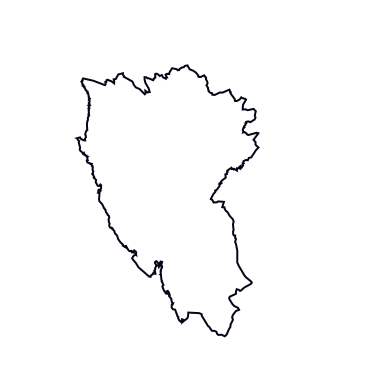 Vestby nor, Akershus, Norway (Albers equal-area conic projection), rotated 338°
{"feature_id": "86288312B18050772568406", "entity_name": "Vestby nor", "entity_type": "district", "adm_level": 2, "iso_a3": "NOR", "parent_name": "Norway", "parent_adm1": "Akershus", "projection": "albers", "projection_center": [10.767, 59.56], "detail": "fine", "context": "isolated", "style": "outline", "palette": "ink", "viewbox_px": 384, "rotation_deg": 338, "n_neighbors": 0, "source": "geoboundaries", "source_scale": "gbopen_adm2", "svg_char_len": 6027}
<svg xmlns="http://www.w3.org/2000/svg" viewBox="0 0 384 384"><g transform="rotate(338 192 192)"><path d="M280.2,138.0L274.2,137.0L272.6,135.4L269.9,134.5L271.9,130.3L276.7,126.6L276.4,125.7L273.5,123.6L273.1,122.7L270.7,124.1L267.4,124.4L266.0,123.7L266.4,121.7L264.7,115.1L265.3,114.1L264.7,113.4L265.1,112.8L265.0,111.1L257.6,111.3L255.3,110.2L249.3,110.5L247.2,109.3L247.6,108.6L247.6,107.9L245.9,106.6L245.1,104.3L245.6,103.7L245.5,102.2L245.9,101.6L245.4,98.5L247.0,97.3L247.5,95.5L247.2,92.7L247.9,91.2L247.5,91.0L247.0,88.4L243.3,88.6L241.3,87.9L241.1,87.1L241.5,86.3L240.4,82.9L238.9,80.4L235.8,77.3L235.2,72.9L232.5,72.4L231.2,73.2L229.1,72.8L226.5,73.3L225.7,74.1L224.5,73.8L223.7,72.3L219.9,69.8L215.9,72.7L215.0,74.1L212.9,73.0L211.4,73.3L211.7,76.4L210.9,76.2L210.2,77.2L208.2,75.0L207.8,72.2L205.6,72.4L204.6,70.3L203.3,68.9L202.2,68.8L201.7,69.2L201.6,70.6L200.9,71.4L200.8,72.2L198.9,72.6L198.7,73.3L197.8,73.8L194.3,70.2L193.3,69.9L192.5,68.4L191.0,67.8L190.1,70.3L189.7,73.5L190.6,79.6L190.2,83.5L188.2,83.0L186.7,80.7L186.1,83.0L184.8,83.7L181.9,76.8L179.1,74.0L178.1,70.5L178.3,68.5L177.9,66.9L172.0,59.7L172.4,59.4L171.9,57.4L172.4,56.0L167.7,55.4L163.6,58.7L161.6,58.2L161.3,60.3L160.5,62.1L158.8,59.2L155.6,56.2L154.7,56.3L153.8,57.8L152.9,57.5L152.1,60.0L151.3,60.3L142.1,51.8L133.6,45.9L132.0,47.3L132.2,47.8L130.8,48.3L131.2,49.1L130.8,50.5L131.1,51.2L130.5,52.1L131.2,52.3L130.9,53.0L131.3,53.3L131.1,54.0L131.7,54.2L131.3,55.0L131.7,55.8L131.5,57.2L132.1,58.0L131.9,58.5L132.2,59.4L132.8,59.7L132.8,60.5L132.0,61.0L132.6,62.3L131.6,66.1L132.0,66.1L131.9,66.9L132.2,67.2L130.8,68.1L131.3,68.8L130.8,70.0L129.6,70.7L129.7,71.7L130.1,72.2L129.9,72.6L128.7,72.8L129.5,73.6L128.5,73.9L127.8,75.1L128.2,75.7L127.2,76.0L127.0,76.9L127.3,77.2L126.4,78.6L125.9,80.6L125.0,81.2L124.9,81.7L125.4,81.7L125.4,82.4L123.2,84.1L122.5,86.3L121.5,87.1L119.8,90.2L118.4,94.4L117.9,94.8L117.6,94.2L118.0,95.4L116.4,96.1L114.4,98.8L114.7,99.7L114.2,101.4L112.2,103.0L112.2,104.1L111.3,103.8L109.3,101.7L108.8,100.9L108.6,99.4L105.6,99.1L106.1,99.6L105.6,100.7L106.5,102.5L105.5,103.8L104.9,109.1L103.8,110.4L103.8,111.7L105.2,114.5L105.2,115.9L105.8,116.7L106.5,115.9L106.6,117.9L107.9,118.8L107.8,119.7L108.1,119.9L107.6,120.0L107.9,121.3L107.1,122.6L107.2,123.5L106.2,123.4L106.0,124.5L106.2,125.5L109.1,128.0L108.4,128.1L109.2,129.3L109.5,130.4L109.0,130.9L109.4,131.8L108.1,134.1L108.3,135.8L106.2,138.0L106.5,138.6L107.0,138.2L106.7,139.9L107.0,141.7L106.3,142.0L107.6,145.0L106.4,146.8L106.9,150.9L108.2,151.7L109.8,150.7L110.3,151.7L109.1,154.4L108.3,155.0L107.9,156.5L107.5,156.7L107.3,155.7L106.4,155.0L105.4,155.9L105.4,156.8L104.6,157.5L105.9,158.3L103.0,164.1L102.7,166.0L104.1,169.4L104.4,172.4L104.2,173.6L104.7,174.2L104.6,175.4L105.1,175.9L104.7,178.4L105.4,180.9L105.2,181.6L106.0,183.1L105.7,184.7L104.5,185.9L103.7,188.6L103.8,190.3L102.7,192.0L102.6,193.8L102.9,194.6L103.9,194.8L104.7,196.0L104.2,196.4L105.3,198.7L105.1,201.3L106.2,204.4L105.9,208.1L106.8,211.9L108.2,214.7L107.8,215.5L108.2,215.6L108.4,216.9L109.7,218.5L110.4,216.4L111.3,222.3L111.9,223.4L113.7,223.8L114.0,224.4L113.6,224.9L113.8,225.5L114.7,225.0L115.3,226.1L116.6,224.6L117.4,225.9L117.6,227.3L117.0,227.9L116.7,229.2L116.3,228.3L115.6,229.2L114.1,229.2L111.7,230.9L111.8,232.1L113.3,236.7L114.2,241.8L120.7,254.6L121.9,255.1L122.4,254.1L125.2,253.4L125.7,252.7L126.9,253.8L127.3,252.9L127.6,253.3L127.9,251.7L127.4,251.0L128.9,250.1L129.2,248.9L130.9,247.4L131.4,245.8L131.1,243.9L131.5,243.1L133.1,242.8L134.0,245.1L133.8,246.4L133.0,247.2L133.1,248.9L133.5,248.4L134.9,249.3L133.8,247.8L136.8,244.7L138.1,245.7L135.8,248.5L136.4,249.2L136.3,250.3L133.6,252.9L133.7,253.6L133.0,254.1L132.3,256.9L131.8,256.9L132.1,257.5L130.8,261.7L130.9,262.9L130.3,263.6L130.7,264.8L130.5,265.9L130.7,267.5L129.1,268.5L129.1,272.8L129.9,276.5L130.5,276.9L131.2,276.0L131.5,274.6L132.3,274.6L132.7,275.0L132.9,277.5L132.4,277.3L132.5,278.6L132.2,278.4L132.3,279.0L131.7,279.8L132.8,283.1L132.2,285.5L132.2,288.3L132.6,288.3L132.0,289.0L131.1,288.8L129.9,291.4L130.4,293.6L132.3,294.8L132.0,301.8L132.5,302.9L131.9,303.6L132.1,306.5L132.5,306.6L133.1,308.3L133.7,308.3L134.0,309.6L133.9,308.6L135.1,306.3L136.2,307.3L134.8,309.0L140.4,307.3L141.7,305.9L143.4,302.4L153.6,307.2L155.2,309.1L154.7,310.3L156.7,322.5L157.4,323.3L158.4,328.1L160.9,329.3L162.3,330.7L162.1,332.8L162.9,334.4L165.9,335.4L168.4,338.1L170.8,337.1L174.9,333.0L177.0,331.5L178.2,329.2L181.7,326.2L182.3,325.1L182.1,323.6L183.5,321.6L188.1,318.8L191.5,318.9L191.3,316.7L188.5,313.6L187.5,311.1L186.6,306.0L186.7,304.2L187.9,303.2L194.5,302.9L195.7,300.4L197.0,298.9L198.7,300.2L199.5,301.7L200.5,301.7L204.5,300.2L212.2,299.3L213.5,298.5L213.0,296.6L209.9,290.9L209.3,288.7L207.7,277.9L207.6,274.2L212.0,263.4L213.3,256.7L213.3,254.3L215.2,252.1L214.8,250.9L215.7,248.6L214.5,247.9L214.4,246.6L215.2,244.1L216.3,242.9L217.8,237.5L219.6,234.9L219.6,232.4L218.1,228.6L217.4,224.0L216.3,222.1L216.0,219.8L216.3,218.3L214.4,217.4L217.9,213.1L212.7,210.5L211.5,210.9L208.2,209.9L207.8,206.9L206.8,205.6L210.8,202.1L214.0,200.4L214.0,199.4L216.1,199.1L219.8,196.7L220.3,194.6L220.9,194.4L221.2,195.3L222.6,194.8L221.8,193.9L223.8,192.7L228.7,191.3L229.5,188.2L231.1,188.4L231.2,187.5L232.5,186.8L232.3,185.9L232.9,185.3L237.4,184.4L237.2,185.2L237.6,185.7L238.2,185.6L238.8,186.5L239.5,186.1L241.6,188.8L241.8,187.8L242.4,187.0L242.9,187.7L244.3,186.9L245.3,188.2L245.8,186.4L246.8,186.1L247.2,187.9L249.3,186.4L249.1,185.7L249.7,185.4L249.7,184.5L250.7,184.6L250.6,183.8L251.3,182.7L254.0,182.5L255.6,183.5L257.5,181.7L259.9,182.1L267.1,177.1L270.3,175.7L268.6,172.0L269.6,169.6L269.0,168.1L269.1,167.1L268.7,166.6L275.5,162.4L274.2,161.3L265.7,160.3L264.6,159.3L264.4,157.9L263.0,156.0L261.7,155.9L262.4,155.1L262.2,153.7L263.3,152.2L264.6,151.8L264.3,151.3L264.8,150.6L266.6,149.9L267.0,148.9L268.1,148.4L267.8,147.7L268.5,147.3L270.6,147.6L272.2,149.1L277.1,148.3L278.7,146.9L278.9,144.5L281.4,141.0L280.2,138.0Z" fill="none" stroke="#020617" stroke-width="2"/></g></svg>